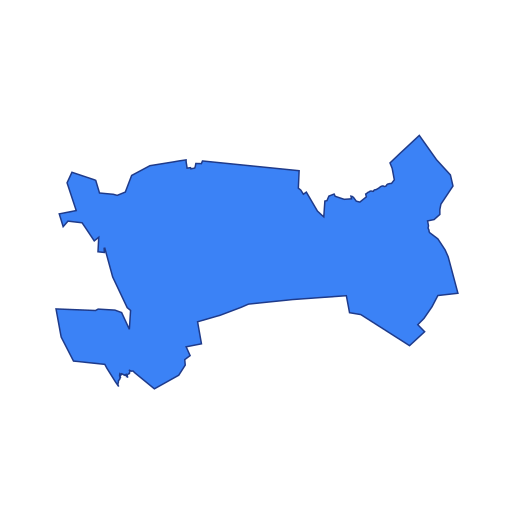 Banámichi, Sonora, Mexico (Natural Earth projection), rotated 169°
{"feature_id": "50627088B68944131147189", "entity_name": "Banámichi", "entity_type": "district", "adm_level": 2, "iso_a3": "MEX", "parent_name": "Mexico", "parent_adm1": "Sonora", "projection": "natural_earth1", "projection_center": [-110.155, 30.063], "detail": "fine", "context": "isolated", "style": "filled", "palette": "blue", "viewbox_px": 512, "rotation_deg": 169, "n_neighbors": 0, "source": "geoboundaries", "source_scale": "gbopen_adm2", "svg_char_len": 4284}
<svg xmlns="http://www.w3.org/2000/svg" viewBox="0 0 512 512"><g transform="rotate(169 256 256)"><path d="M95.0,329.3L106.7,321.8L105.6,316.0L105.7,304.4L109.1,301.4L111.2,301.6L111.7,301.5L112.8,301.5L113.4,301.3L113.8,301.1L114.1,300.9L114.4,300.4L114.6,300.2L114.9,300.0L116.0,299.7L116.5,299.7L117.1,299.9L117.8,300.5L118.3,300.6L118.9,300.6L119.7,300.5L120.8,300.2L121.5,299.7L123.2,299.0L125.6,298.2L126.1,298.3L126.9,298.3L127.5,298.1L127.9,297.8L128.3,297.2L128.9,297.1L129.5,297.4L130.2,297.7L130.9,297.8L131.4,297.9L131.8,297.8L132.0,297.7L132.3,297.6L132.9,297.3L133.4,297.2L134.0,297.1L134.9,296.6L135.8,296.1L136.5,295.9L136.4,293.0L143.8,289.1L147.1,290.7L149.1,294.9L150.2,296.1L151.4,296.6L151.3,293.9L158.6,294.8L166.9,299.5L167.5,301.9L173.0,300.9L175.8,296.8L177.9,296.8L182.0,281.5L183.6,283.5L187.1,288.3L194.4,309.1L197.7,307.6L199.5,312.2L201.5,314.5L197.4,331.5L290.4,359.5L292.0,357.1L295.6,357.9L297.4,358.3L298.5,355.5L299.4,354.0L303.3,354.0L303.4,355.2L304.4,355.3L305.6,355.3L306.9,355.4L306.8,357.1L306.7,359.3L306.7,360.0L306.6,361.9L306.3,363.7L306.7,363.7L312.9,364.0L317.0,364.1L318.5,364.1L342.9,364.9L362.7,358.8L372.1,343.7L380.7,342.0L384.3,343.8L397.6,347.7L398.9,360.8L399.7,361.4L420.7,373.3L427.5,363.9L423.8,334.9L441.1,334.9L439.7,321.6L433.9,326.1L420.4,321.8L417.9,316.0L411.9,301.7L406.8,304.4L410.3,290.3L404.2,288.4L403.6,292.5L402.9,292.5L400.7,262.8L392.3,229.9L389.5,226.5L394.3,208.2L398.7,226.1L404.8,229.8L421.1,234.0L423.9,233.1L462.4,242.2L462.7,216.4L462.7,213.6L455.2,187.7L429.1,179.7L425.1,178.5L423.8,174.3L418.0,159.3L415.7,154.1L415.8,154.6L416.0,155.2L416.1,155.4L416.1,155.6L416.1,155.9L416.1,156.1L416.0,156.4L415.9,156.5L415.8,156.9L415.7,157.3L415.6,157.6L415.5,157.8L415.3,158.1L415.2,158.2L415.2,158.3L415.1,158.6L415.0,158.8L415.0,159.0L415.0,159.5L414.9,159.7L414.8,159.8L414.7,159.9L414.7,160.0L414.4,160.2L414.2,160.3L413.9,160.5L413.7,160.6L413.5,160.8L413.4,160.9L413.3,161.1L413.2,161.4L413.2,161.5L412.9,161.8L412.9,162.0L412.5,162.4L412.3,162.5L412.2,162.6L412.2,162.8L412.3,163.0L412.6,162.9L412.7,163.0L412.7,163.3L412.6,164.0L412.6,164.3L412.8,164.4L412.8,164.5L412.7,164.6L412.4,164.8L412.4,165.0L412.5,165.3L412.5,165.5L412.4,165.7L412.3,165.8L412.2,166.1L412.1,165.9L412.1,165.7L412.1,165.3L412.1,165.2L412.0,164.8L412.0,164.6L411.9,164.5L411.7,164.7L411.6,164.8L411.3,165.0L411.2,165.1L411.1,165.5L411.0,165.4L411.0,165.2L410.9,165.3L410.9,165.5L410.7,165.7L410.6,165.8L410.8,165.9L410.8,166.0L410.7,166.2L410.4,166.1L410.2,166.0L410.0,165.9L409.9,165.6L409.6,165.5L409.5,165.4L409.4,165.4L409.1,165.2L408.9,164.9L408.6,164.8L408.5,164.7L408.3,164.4L408.2,164.3L407.9,164.4L407.9,164.5L407.7,164.4L407.4,164.2L407.4,163.9L407.2,163.8L407.2,163.7L406.9,163.6L406.6,163.6L406.4,163.9L406.4,164.0L406.5,164.2L406.4,164.5L406.2,164.6L406.2,164.4L406.1,164.0L406.1,163.9L406.0,163.7L406.2,163.3L406.2,163.2L405.9,162.9L405.8,162.6L405.7,162.5L405.6,162.4L405.6,162.2L405.4,162.1L405.4,161.9L405.3,161.7L405.2,161.7L405.2,161.8L405.3,161.9L405.2,162.0L405.1,162.3L405.2,162.5L405.3,162.5L405.2,162.6L405.2,162.8L405.2,163.0L405.2,163.5L405.1,163.8L404.9,164.0L404.3,164.3L403.9,164.5L403.6,164.6L403.4,164.7L403.2,164.7L402.9,164.7L402.8,164.9L402.7,164.9L402.7,165.0L402.6,165.3L402.6,165.5L402.4,165.8L402.2,166.0L402.1,166.3L401.9,166.6L401.8,166.8L401.8,167.1L401.8,167.3L401.9,167.5L402.0,167.7L402.1,167.8L402.0,168.0L401.9,168.0L401.8,167.8L401.7,167.7L401.4,167.5L401.3,167.4L401.0,167.3L400.8,167.1L400.7,167.0L400.5,166.9L400.4,166.9L400.2,166.7L399.8,166.7L399.6,166.7L399.4,166.7L399.1,166.6L398.9,166.5L398.6,166.4L398.4,166.3L398.4,166.2L398.0,165.6L397.6,164.9L381.1,145.0L354.6,153.7L346.3,162.4L345.7,167.9L339.7,170.8L341.9,180.2L326.3,180.2L325.9,202.6L302.3,204.7L280.2,208.5L273.5,210.0L272.5,210.2L253.2,208.5L234.6,206.8L228.7,206.3L174.9,199.8L174.9,196.9L175.0,182.5L164.3,178.5L122.4,138.7L104.9,149.5L110.3,157.7L103.0,162.7L92.9,172.6L85.0,182.5L64.9,180.9L67.5,218.5L69.2,225.9L74.2,238.1L81.1,245.8L81.3,246.4L81.4,247.1L81.3,248.4L81.4,249.1L81.7,250.0L81.7,250.9L81.2,252.0L80.9,252.8L80.9,253.7L80.9,257.7L74.2,257.8L67.6,261.7L66.7,266.5L64.6,271.6L49.3,287.1L49.7,298.5L60.4,316.0L72.7,343.2L95.0,329.3Z" fill="#3b82f6" stroke="#1e3a8a" stroke-width="1.5"/></g></svg>